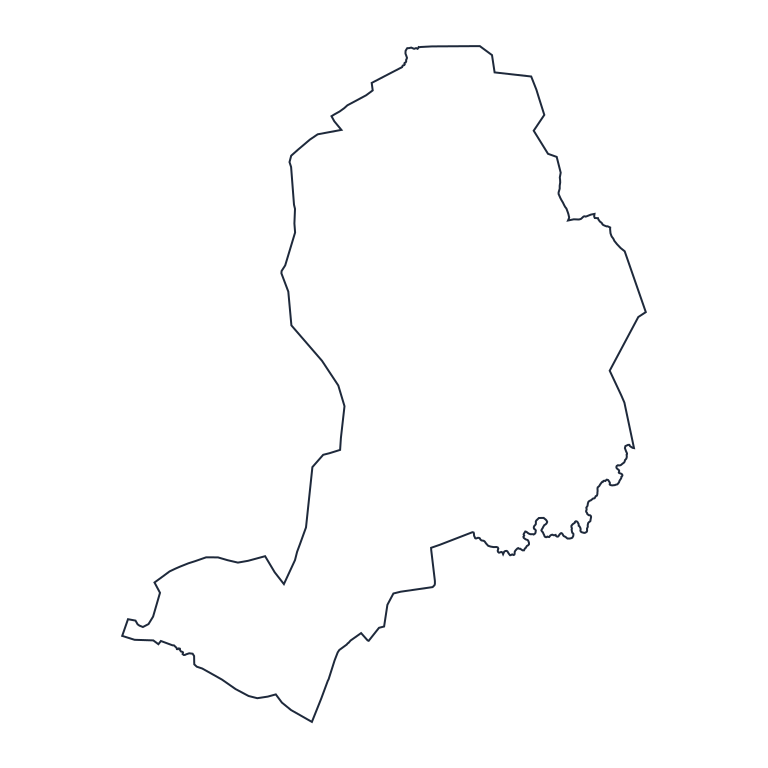 the district of Suru, Kebbi, Nigeria
{"feature_id": "59680162B61567493958965", "entity_name": "Suru", "entity_type": "district", "adm_level": 2, "iso_a3": "NGA", "parent_name": "Nigeria", "parent_adm1": "Kebbi", "projection": "robinson", "projection_center": [4.167, 11.787], "detail": "fine", "context": "isolated", "style": "outline", "palette": "slate", "viewbox_px": 768, "rotation_deg": 0, "n_neighbors": 0, "source": "geoboundaries", "source_scale": "gbopen_adm2", "svg_char_len": 6090}
<svg xmlns="http://www.w3.org/2000/svg" viewBox="0 0 768 768"><path d="M317.7,134.3L309.9,139.6L298.2,149.5L291.2,155.7L289.5,162.1L291.1,167.0L294.0,204.7L295.0,208.9L294.4,223.5L295.1,232.5L285.2,265.4L281.6,271.0L281.4,273.3L288.3,291.6L291.4,325.4L322.0,360.8L338.3,385.5L344.5,406.2L340.9,438.0L340.1,449.9L329.5,453.2L323.2,454.8L312.4,467.1L306.0,527.4L299.9,544.3L297.1,551.8L295.0,560.1L283.9,584.1L274.7,572.3L265.1,556.2L248.1,560.8L237.9,562.6L227.6,560.2L218.0,557.4L206.2,557.3L195.0,561.2L188.4,563.3L180.1,566.6L175.5,568.6L169.6,571.4L154.5,582.5L160.0,592.8L153.1,616.6L148.5,624.1L142.9,627.0L139.4,625.6L137.6,624.3L135.5,620.6L128.0,619.2L122.2,635.9L134.6,639.8L153.3,640.4L158.4,644.2L160.9,641.0L172.5,645.3L174.0,645.4L176.6,647.9L176.9,649.1L178.0,649.2L178.8,648.4L179.9,648.7L180.1,650.3L181.0,651.5L182.5,651.9L183.0,652.4L182.6,654.1L183.8,655.0L185.0,654.9L186.2,654.3L189.2,653.3L192.6,653.7L194.1,656.0L194.2,662.1L194.3,664.4L196.8,666.7L202.2,668.5L222.0,679.6L235.6,689.1L248.6,696.0L257.3,698.2L267.8,696.6L275.8,694.4L281.9,702.6L291.1,710.1L311.9,721.9L321.3,698.4L327.8,680.8L328.6,679.3L334.6,660.4L337.7,652.4L339.3,650.0L346.8,644.5L347.7,643.3L348.4,643.0L350.6,640.5L361.1,633.1L367.6,640.4L368.7,640.8L379.0,627.8L384.1,626.5L387.4,604.8L393.4,593.5L400.7,591.7L432.6,587.1L434.5,585.2L434.9,583.9L434.9,581.0L431.2,549.9L431.1,547.8L439.8,544.8L472.4,532.2L473.6,532.5L473.9,533.4L474.1,535.8L474.7,537.0L475.2,538.2L476.0,538.5L477.9,537.8L479.0,537.9L479.9,538.4L480.3,539.4L481.4,540.4L483.7,540.8L484.7,541.5L486.1,543.5L488.2,545.8L490.7,546.6L493.7,547.1L496.4,547.0L497.7,547.4L498.3,548.5L497.7,550.8L498.0,551.8L498.8,552.6L499.6,552.6L500.4,552.2L501.6,552.0L502.4,552.5L503.1,554.2L504.2,551.7L505.3,551.0L506.7,550.9L507.5,551.5L508.7,553.5L510.0,555.2L510.6,555.2L512.2,554.4L513.4,555.0L514.3,554.7L514.6,554.0L514.7,551.9L515.3,550.7L516.2,549.7L517.4,548.5L518.2,548.1L519.2,548.8L520.1,548.7L522.5,550.3L524.0,550.3L524.9,548.5L525.9,547.7L526.5,546.5L527.0,545.9L528.3,545.2L529.0,544.2L529.0,543.0L528.7,542.0L528.3,540.9L527.6,540.0L526.0,539.5L524.9,538.8L523.7,537.8L523.4,536.8L524.2,535.6L523.6,534.4L523.9,533.7L525.3,531.5L526.1,531.7L527.2,532.4L528.0,533.1L528.8,533.6L530.3,534.2L533.1,534.2L533.7,534.5L535.1,533.5L535.5,532.7L535.8,530.5L535.3,529.6L534.3,529.0L533.9,528.3L533.8,527.2L534.2,526.1L535.7,524.4L535.9,522.9L535.8,521.6L536.3,520.5L538.9,518.0L543.7,517.9L544.3,518.5L545.4,519.3L546.2,520.1L546.7,520.8L547.2,521.9L546.9,522.7L546.4,523.6L545.4,524.5L544.3,525.1L543.0,527.3L542.5,528.4L541.7,529.5L541.4,530.5L542.2,531.7L542.9,532.3L543.4,533.6L544.3,535.4L544.6,536.4L545.0,536.8L546.0,537.2L546.7,537.1L547.3,536.6L548.3,536.9L549.2,537.0L549.7,536.3L550.4,535.5L551.4,534.9L552.4,534.7L553.4,535.2L554.6,535.2L555.6,534.9L556.1,536.0L557.1,536.6L557.9,536.6L558.5,536.1L559.7,534.3L560.6,533.4L561.2,533.1L561.8,533.3L562.3,533.8L562.8,534.5L563.2,535.4L563.8,536.1L565.5,536.9L567.4,538.5L569.9,538.5L571.2,538.2L572.3,537.7L573.2,536.1L573.4,534.9L573.4,533.9L573.1,533.4L572.3,532.8L572.0,531.8L571.6,529.6L571.9,528.8L571.8,527.9L571.5,527.3L571.4,526.3L571.5,525.6L572.8,524.1L574.3,523.1L574.9,522.6L575.0,521.9L575.7,521.3L576.4,521.3L577.0,521.6L577.5,522.0L578.6,524.0L578.7,525.8L579.4,526.2L580.2,527.6L580.5,528.4L580.6,529.0L580.6,529.8L580.4,530.5L580.5,531.0L580.9,531.7L581.9,532.3L584.2,532.9L585.3,532.7L586.1,532.2L586.8,531.7L587.1,530.7L587.0,528.6L587.8,526.8L587.7,525.1L588.2,523.0L588.9,522.2L589.8,521.6L590.4,521.0L590.5,520.0L591.1,517.0L590.9,516.1L590.4,515.5L589.8,515.2L589.1,515.3L588.4,515.0L587.9,514.4L587.3,514.0L586.9,512.7L586.3,512.0L586.1,511.4L586.2,510.6L586.6,509.8L586.6,508.9L586.3,507.8L586.7,507.0L587.2,506.5L587.6,505.4L587.9,503.3L588.5,501.7L589.2,501.1L590.1,500.6L590.9,500.3L593.1,498.5L594.4,498.3L594.9,497.8L595.7,496.2L596.8,495.7L597.1,495.1L597.4,493.8L597.4,492.5L597.6,491.1L597.5,488.5L597.7,487.4L599.2,486.1L600.2,484.4L601.7,482.4L602.2,481.9L602.7,482.0L603.4,481.0L604.1,480.7L605.3,481.0L606.6,479.7L607.4,479.8L608.2,480.1L609.7,482.4L609.9,483.0L609.7,484.4L610.3,485.0L612.1,485.4L614.9,485.1L615.8,484.7L617.2,484.4L617.7,484.0L619.0,482.3L619.6,480.6L620.9,478.7L621.4,477.6L621.4,476.7L622.0,476.2L622.4,475.6L622.3,474.8L621.8,474.1L620.7,473.5L619.3,473.1L618.8,472.6L619.2,471.0L619.0,470.3L618.5,469.8L616.8,468.4L616.4,467.5L616.5,466.4L616.8,465.9L618.0,465.2L618.5,465.4L619.5,465.4L620.5,465.2L621.2,464.8L622.1,464.0L624.2,462.4L624.7,461.4L625.0,460.1L626.3,458.7L626.7,457.4L626.8,456.1L626.6,454.7L627.0,454.1L627.0,453.4L626.0,451.1L624.9,448.1L625.4,446.1L628.0,444.9L629.4,444.9L629.8,445.9L630.8,446.7L632.5,447.8L634.0,448.1L624.4,402.6L621.2,395.2L609.7,370.7L638.3,317.0L645.8,312.1L624.7,251.3L620.6,248.0L617.0,244.2L614.3,240.8L613.6,239.2L612.7,237.8L611.8,236.7L611.3,235.6L610.9,234.4L610.5,233.3L610.1,229.1L610.2,227.5L608.5,226.7L607.5,226.3L606.6,226.4L604.3,225.5L602.8,224.7L602.3,224.1L602.2,223.5L600.5,221.9L599.9,221.6L598.9,220.1L598.6,219.8L598.1,218.8L598.0,218.2L594.8,218.0L594.3,216.9L594.2,216.5L594.2,215.8L594.3,215.3L594.5,213.9L590.9,214.6L586.4,216.4L585.5,216.6L584.8,216.3L584.3,216.3L583.5,216.6L581.1,218.8L580.4,219.1L578.9,219.5L573.8,219.3L568.0,220.5L569.2,217.7L568.4,214.1L567.8,212.3L566.4,208.5L565.2,207.0L564.2,205.2L562.9,202.5L561.5,200.2L560.3,197.9L558.6,194.0L558.6,192.4L559.7,188.7L559.7,185.7L560.2,182.5L560.1,180.0L559.8,177.5L560.7,172.7L556.7,156.9L548.0,153.8L533.7,130.7L544.3,114.9L538.8,97.5L536.4,89.7L531.2,76.5L494.6,72.4L492.0,55.1L479.8,46.1L432.1,46.4L420.6,47.0L419.6,47.2L418.7,47.0L418.1,48.2L417.6,48.8L416.1,48.1L414.1,48.8L411.2,47.6L409.1,48.1L407.9,48.1L407.2,48.2L406.3,49.6L405.6,50.8L405.5,52.2L405.5,53.7L406.1,55.2L407.0,57.9L406.5,59.2L406.1,60.0L406.2,61.3L405.7,62.4L404.7,62.8L404.4,63.4L404.7,64.5L404.2,65.1L402.7,65.6L402.1,67.1L371.7,82.9L372.7,90.4L366.1,95.3L347.4,105.3L344.3,108.1L339.6,111.5L334.4,114.4L331.5,116.2L334.3,121.3L341.4,129.9L317.7,134.3Z" fill="none" stroke="#1e293b" stroke-width="2"/></svg>